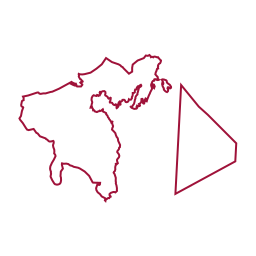 Yunguyo, Puno, Peru, rotated 3°
{"feature_id": "86281439B12853794750589", "entity_name": "Yunguyo", "entity_type": "district", "adm_level": 2, "iso_a3": "PER", "parent_name": "Peru", "parent_adm1": "Puno", "projection": "robinson", "projection_center": [-69.037, -16.305], "detail": "fine", "context": "isolated", "style": "outline", "palette": "rose", "viewbox_px": 256, "rotation_deg": 3, "n_neighbors": 0, "source": "geoboundaries", "source_scale": "gbopen_adm2", "svg_char_len": 5736}
<svg xmlns="http://www.w3.org/2000/svg" viewBox="0 0 256 256"><g transform="rotate(3 128 128)"><path d="M109.3,202.0L109.4,201.2L110.3,199.9L111.0,199.8L111.9,198.9L112.9,199.0L113.4,198.0L114.3,197.5L114.2,197.1L113.1,196.1L113.0,195.0L113.7,194.2L114.4,193.6L116.6,192.7L117.6,192.6L118.8,193.0L120.3,191.4L120.1,189.9L120.1,188.7L119.5,186.0L118.7,183.9L118.8,182.7L118.5,181.8L118.4,178.4L117.0,174.7L116.0,173.4L116.3,172.5L117.1,171.7L117.5,169.9L117.3,168.4L117.4,166.9L117.8,165.5L117.7,164.4L118.1,164.3L118.7,164.7L119.7,163.7L118.8,161.5L118.7,160.4L119.0,159.7L120.5,157.7L120.8,156.3L120.3,154.8L118.5,152.6L118.5,152.2L118.7,151.5L120.0,149.7L120.2,148.1L120.9,147.6L121.0,145.4L118.9,141.4L118.4,139.1L117.9,138.2L117.2,137.6L116.1,135.3L115.7,133.9L114.4,132.5L112.1,130.4L112.4,128.7L112.8,127.9L113.0,126.8L112.5,125.9L112.3,124.9L111.4,124.0L112.0,123.0L112.1,122.5L111.8,122.4L110.9,123.0L109.7,121.1L108.8,120.2L108.3,119.1L107.5,118.4L106.8,116.7L105.5,115.5L105.5,114.6L105.3,114.2L102.1,112.8L101.8,112.3L102.1,111.0L101.9,110.6L100.0,112.3L99.2,112.5L98.7,112.2L98.1,112.8L97.3,113.0L96.4,113.6L96.0,113.7L93.8,113.1L93.5,112.3L92.9,111.9L92.2,112.1L91.9,110.6L91.3,110.0L91.1,109.2L89.6,109.6L89.8,108.5L90.5,107.4L90.5,106.2L90.9,104.7L90.9,103.9L90.1,101.9L90.2,99.7L91.0,98.0L91.9,97.1L94.8,97.7L95.2,97.5L95.4,96.6L96.4,96.7L96.9,97.4L97.5,97.0L98.0,97.0L99.1,94.7L98.8,94.5L98.2,95.0L97.8,94.3L98.1,93.4L99.6,93.3L100.8,92.6L102.5,92.4L103.5,93.2L103.7,94.7L103.4,95.7L103.6,96.6L105.9,97.9L106.6,99.2L107.1,99.7L107.7,99.6L108.8,98.7L109.2,98.9L109.1,100.9L108.4,103.0L108.6,103.5L109.8,103.5L110.8,103.7L111.9,105.2L112.8,105.7L113.5,105.8L114.3,105.0L114.8,105.1L115.1,105.5L115.4,106.9L115.5,108.6L115.7,108.8L116.7,107.8L117.3,106.8L117.3,106.0L116.9,104.9L117.3,104.7L117.3,104.1L118.4,104.4L119.0,105.1L119.3,104.9L119.2,104.1L118.8,103.0L117.9,102.4L118.4,101.8L119.8,102.0L120.9,101.1L121.0,100.2L122.5,100.0L123.4,100.5L123.9,101.5L124.3,102.1L125.4,102.3L126.3,101.9L126.9,101.4L127.4,99.3L127.8,99.6L128.9,99.6L129.5,99.5L130.4,98.0L130.2,97.0L130.8,95.8L131.0,94.5L130.9,92.8L132.0,92.7L132.9,92.0L132.9,90.1L133.2,89.2L134.3,89.1L134.6,88.3L134.7,87.2L135.7,85.8L137.1,85.5L137.5,84.9L138.6,84.2L139.0,84.7L139.0,85.4L138.5,86.0L137.3,86.8L136.8,87.5L135.9,91.8L135.6,92.8L135.7,94.0L134.6,95.2L133.9,96.7L133.8,97.5L133.9,98.1L133.4,99.5L133.2,101.3L132.7,103.6L131.7,105.1L130.7,107.1L129.8,106.5L129.6,106.7L130.5,107.6L133.2,108.6L135.5,108.2L136.1,107.4L136.3,106.8L136.1,106.3L135.7,107.0L135.4,106.5L135.8,105.5L136.2,106.0L136.7,105.5L138.4,105.5L138.8,105.0L138.7,104.7L138.0,104.1L137.7,103.4L138.9,102.8L139.6,101.7L140.0,100.7L139.9,98.4L140.6,98.1L140.9,98.2L141.5,101.9L141.8,102.5L142.3,102.8L142.7,102.8L142.9,102.6L143.2,100.3L143.1,99.1L143.6,98.6L144.0,97.6L144.4,97.8L144.9,100.3L145.3,100.4L145.6,98.9L147.2,94.2L148.0,92.4L148.3,91.3L150.2,87.1L149.8,86.9L149.5,85.8L148.9,84.5L148.9,84.1L149.8,83.8L150.8,84.3L151.4,85.1L151.8,86.5L152.0,86.7L152.5,84.9L152.0,84.4L151.7,83.4L151.0,83.4L150.4,82.9L149.1,82.7L149.9,80.4L150.5,79.7L151.7,79.4L151.9,78.9L151.6,78.5L151.7,78.1L152.4,77.8L153.3,77.9L154.6,78.6L155.7,78.5L156.3,78.2L155.0,76.9L155.1,75.7L152.5,73.0L152.8,71.0L153.3,69.9L153.9,67.5L155.0,67.0L154.6,65.6L154.9,64.9L154.7,63.9L155.5,62.4L156.7,61.6L157.3,60.0L157.4,58.8L156.5,58.2L154.2,55.7L153.7,56.0L151.7,55.4L150.6,55.3L150.0,55.5L149.5,56.1L148.2,55.6L147.2,56.1L146.7,55.1L145.6,54.0L144.1,54.9L142.0,54.7L140.1,57.4L134.1,60.1L129.4,64.4L129.0,67.6L129.2,71.5L126.1,73.7L120.3,68.5L119.5,67.5L118.1,66.9L117.2,65.9L115.2,64.9L108.5,63.0L102.4,59.3L98.5,65.8L93.4,70.4L87.7,74.7L81.8,76.5L79.6,76.9L77.0,76.9L76.0,76.5L75.9,76.8L76.4,77.7L76.1,78.9L76.5,79.9L77.7,81.7L78.7,82.1L79.1,82.8L80.3,83.8L80.2,84.2L79.2,84.7L78.4,84.7L78.0,85.2L80.1,86.9L80.1,87.3L78.9,89.0L75.0,89.2L74.6,88.8L74.1,87.5L73.5,87.6L73.3,88.4L73.0,88.5L71.1,87.9L67.9,86.5L67.9,86.4L68.1,86.3L69.3,86.5L70.0,86.2L71.5,86.8L73.5,86.8L73.5,86.5L72.6,86.5L70.0,85.5L69.2,84.9L57.2,92.3L50.5,95.7L48.7,96.1L43.8,97.8L41.5,97.9L39.0,98.5L37.7,98.3L36.7,97.3L35.6,97.3L26.5,100.8L21.5,102.1L22.2,103.4L22.3,105.7L21.4,106.1L20.7,106.7L20.1,110.6L20.4,111.7L20.8,112.1L22.1,112.7L22.3,113.0L21.2,116.6L20.5,121.6L19.1,124.1L19.8,125.4L22.7,128.6L26.0,133.3L27.3,134.9L28.9,135.3L33.8,133.9L36.7,137.6L38.1,138.2L40.5,140.9L46.3,142.7L46.8,143.4L48.0,143.9L49.5,145.3L50.4,145.6L51.8,145.5L54.0,144.8L54.4,145.2L54.6,146.7L54.0,149.1L54.4,151.0L55.5,153.5L55.7,155.6L55.6,157.3L56.5,158.2L56.9,159.0L57.1,159.9L55.6,163.5L53.8,166.9L52.9,169.3L52.5,170.2L52.3,172.3L52.5,173.7L53.4,175.9L53.3,176.8L53.6,177.8L53.2,180.3L53.5,181.2L55.0,184.0L57.2,187.2L58.0,187.9L58.8,188.1L60.0,188.3L61.4,188.0L62.5,187.5L63.2,186.8L63.7,185.5L63.9,183.5L63.6,180.9L63.1,179.6L63.2,175.0L65.1,172.0L63.9,168.2L63.9,166.8L64.4,166.8L65.5,167.1L68.1,166.8L70.2,167.1L72.2,168.4L73.9,168.7L75.9,169.6L80.3,170.3L82.1,171.0L87.0,173.7L91.7,177.8L95.5,184.1L96.0,184.4L103.0,184.2L102.9,185.8L102.5,186.3L100.3,186.3L100.2,186.6L99.3,189.8L99.7,191.7L101.1,193.8L103.5,195.5L105.3,197.7L109.0,199.4L109.0,200.4L108.7,201.5L109.3,202.0ZM236.9,155.7L236.9,137.6L207.0,110.6L197.6,103.0L178.8,82.3L178.8,191.3L236.9,155.7ZM167.5,82.7L165.0,81.1L164.3,80.0L164.2,79.0L163.7,78.4L161.4,77.7L160.0,77.6L159.3,77.9L159.7,78.2L159.7,78.8L160.4,79.9L161.0,81.5L160.8,82.5L160.6,82.7L159.9,81.2L159.8,81.6L159.8,82.6L160.5,84.7L160.9,85.2L161.2,85.9L161.7,86.4L161.8,87.8L163.0,89.0L164.0,89.7L165.1,90.1L165.9,89.3L166.1,88.6L166.0,87.9L166.2,87.5L166.1,87.0L165.4,86.5L165.6,85.3L166.4,85.2L168.1,86.2L168.7,85.8L168.9,85.2L168.8,84.5L167.5,82.7Z" fill="none" stroke="#9f1239" stroke-width="2"/></g></svg>